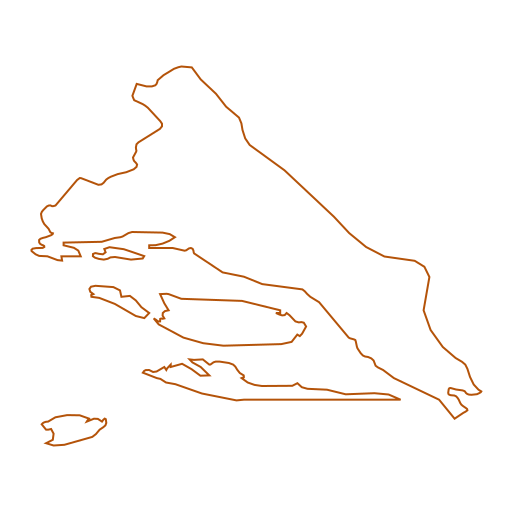 an SVG outline of Splitsko-Dalmatinska
{"feature_id": "HRV-1492", "entity_name": "Splitsko-Dalmatinska", "entity_type": "County", "adm_level": 1, "iso_a3": "HRV", "parent_name": "Croatia", "parent_adm1": "", "projection": "natural_earth1", "projection_center": [16.561, 43.491], "detail": "fine", "context": "isolated", "style": "outline", "palette": "amber", "viewbox_px": 512, "rotation_deg": 0, "n_neighbors": 0, "source": "natural_earth", "source_scale": "10m", "svg_char_len": 4477}
<svg xmlns="http://www.w3.org/2000/svg" viewBox="0 0 512 512"><path d="M191.8,67.4L200.7,79.4L216.0,93.8L226.1,106.7L239.0,117.6L241.4,123.4L242.5,130.0L245.2,138.4L249.7,145.0L284.5,170.3L334.0,216.8L349.2,233.1L359.2,241.3L366.1,247.0L384.4,256.5L414.7,260.8L424.4,266.8L429.4,277.0L423.6,310.3L430.6,330.0L442.8,347.0L455.6,358.0L462.0,361.8L465.3,364.6L467.4,368.8L470.0,376.9L473.7,384.5L478.5,389.7L481.3,391.4L480.8,392.2L479.3,393.1L477.0,394.2L471.4,394.8L469.0,394.6L467.3,394.0L466.0,393.0L464.9,391.4L464.0,390.9L462.5,390.4L456.0,389.5L450.6,388.0L449.4,388.2L448.7,389.2L448.2,392.7L448.4,393.9L449.2,394.7L450.7,395.2L454.3,395.5L456.1,396.3L457.5,397.8L458.7,399.6L460.3,403.1L461.3,404.6L462.8,405.9L466.0,408.1L467.1,409.0L467.4,410.3L465.5,411.7L463.4,412.8L454.6,418.7L439.1,399.7L393.9,378.1L383.1,370.0L377.9,367.4L375.6,365.7L373.6,360.5L371.3,358.4L368.1,357.0L365.0,356.5L362.9,355.5L360.7,353.2L357.5,348.4L356.9,346.7L355.8,341.5L355.3,340.0L354.0,339.4L350.0,338.3L348.7,337.6L319.1,302.2L310.3,296.8L307.1,293.9L304.8,291.3L302.4,289.4L262.2,284.1L243.9,276.7L222.6,272.4L194.1,253.4L193.7,252.4L193.4,250.5L192.6,248.8L190.9,248.0L189.0,248.4L186.2,250.3L184.6,250.7L172.7,248.0L149.2,248.0L149.2,245.3L155.5,245.2L162.6,243.6L169.4,240.8L174.9,237.2L169.7,234.1L162.5,232.6L132.1,232.0L128.4,233.1L122.6,236.5L120.4,237.2L114.7,238.0L101.7,241.8L63.6,242.6L63.6,245.3L73.9,247.8L78.3,250.6L80.7,256.3L61.4,256.3L62.1,260.6L57.5,260.1L47.4,256.3L39.1,255.9L35.6,254.3L31.1,250.7L30.7,250.7L30.8,250.7L32.6,248.7L36.0,248.1L42.7,247.9L44.3,247.0L44.2,246.0L43.3,245.4L41.7,244.8L40.2,243.9L39.2,242.5L39.1,240.0L40.4,238.8L42.9,237.9L45.8,237.2L51.1,235.2L52.6,234.2L52.9,233.3L51.4,232.9L50.3,232.1L48.6,228.8L44.3,224.1L42.8,221.4L41.7,218.3L41.0,213.9L41.9,211.7L43.4,209.9L46.9,206.4L48.8,205.5L50.4,205.4L52.1,206.2L53.5,206.1L55.5,205.5L77.1,180.0L79.8,178.0L81.2,178.2L98.4,184.8L101.5,184.4L103.6,182.8L106.2,179.6L108.4,178.0L110.9,176.7L117.7,174.1L126.3,172.2L133.7,169.3L136.5,166.9L137.1,164.5L135.8,162.7L134.2,161.1L133.5,159.7L133.0,157.5L136.2,151.6L136.4,150.6L136.1,149.4L135.9,147.5L136.5,144.3L138.5,142.3L159.9,128.9L162.0,126.3L162.0,123.7L160.3,121.2L147.8,107.7L145.1,105.6L142.7,104.1L134.2,100.2L133.2,97.9L132.4,95.8L136.7,83.9L146.5,86.4L151.9,86.4L155.3,85.3L156.5,84.0L157.2,82.3L157.7,80.2L163.5,75.2L174.0,68.8L178.4,67.2L181.4,66.5L191.8,67.4ZM183.4,337.6L158.7,324.4L153.7,318.4L156.2,319.9L157.9,321.4L160.1,321.4L160.2,318.9L161.2,318.5L162.6,318.8L164.3,318.4L162.6,315.6L162.8,313.0L164.9,311.1L168.6,310.3L164.3,303.3L160.1,294.1L166.6,293.8L168.6,294.1L181.3,298.8L242.0,300.9L280.2,310.3L280.2,313.0L275.9,313.0L279.3,314.5L282.2,315.4L284.7,315.1L286.6,313.0L289.5,315.2L295.4,321.4L298.8,322.4L301.5,322.1L303.8,322.7L306.1,326.5L302.1,333.7L299.8,336.1L297.3,334.6L291.6,341.9L281.3,344.1L223.4,345.7L203.2,343.2L183.4,337.6ZM243.7,399.7L236.5,400.4L201.9,393.5L175.4,384.2L166.0,382.5L160.4,378.9L156.8,378.1L142.9,372.7L144.2,370.9L145.7,370.1L149.1,370.0L153.1,372.0L156.6,371.5L164.3,367.0L166.3,370.0L167.2,368.3L170.7,364.6L170.7,367.0L182.1,363.8L191.6,369.2L200.4,375.7L209.3,375.4L200.7,367.0L192.4,362.4L189.6,359.4L194.1,359.9L202.8,359.4L209.3,364.6L210.5,364.5L213.5,362.3L215.7,361.6L219.6,361.6L228.9,363.0L233.2,364.6L235.3,366.6L237.2,369.7L239.8,373.0L243.7,375.4L243.9,377.2L243.4,377.7L242.6,377.7L241.6,378.1L247.7,382.5L254.5,384.9L261.9,386.0L292.3,385.8L297.4,383.2L301.8,387.2L307.5,388.8L327.0,389.7L345.7,394.3L374.4,393.2L388.6,394.5L400.6,399.7L322.1,399.7L243.7,399.7ZM102.0,421.6L103.3,419.8L104.7,418.6L105.8,419.2L106.3,422.9L105.4,425.4L103.3,427.2L99.6,429.7L95.9,434.1L92.3,436.9L64.4,444.8L53.6,445.5L46.1,443.2L52.8,439.8L53.6,433.7L51.1,429.0L48.1,429.7L46.1,429.7L41.7,424.3L43.0,423.0L44.3,422.3L45.9,421.8L48.1,421.6L55.4,417.3L67.2,415.1L79.7,415.3L89.0,418.6L87.4,420.6L86.8,421.6L94.0,418.7L97.9,418.9L102.0,421.6ZM149.2,313.0L144.3,318.1L135.8,316.0L114.8,303.9L99.3,297.9L91.4,296.8L91.2,295.0L91.7,294.5L92.5,294.5L93.4,294.1L90.3,291.8L89.4,289.0L91.0,286.7L95.5,285.8L113.4,287.1L120.0,290.4L121.4,296.8L129.9,295.9L135.8,300.4L141.4,307.2L149.2,313.0ZM123.8,249.2L131.3,251.7L144.2,256.1L142.7,258.5L131.0,259.6L115.0,257.0L110.4,257.4L107.7,258.8L103.8,259.6L98.9,258.9L95.0,257.7L92.9,256.2L93.0,254.0L95.2,253.1L96.6,253.3L98.7,253.8L102.9,254.3L105.6,252.3L104.3,249.0L109.5,247.2L123.8,249.2Z" fill="none" stroke="#b45309" stroke-width="2"/></svg>